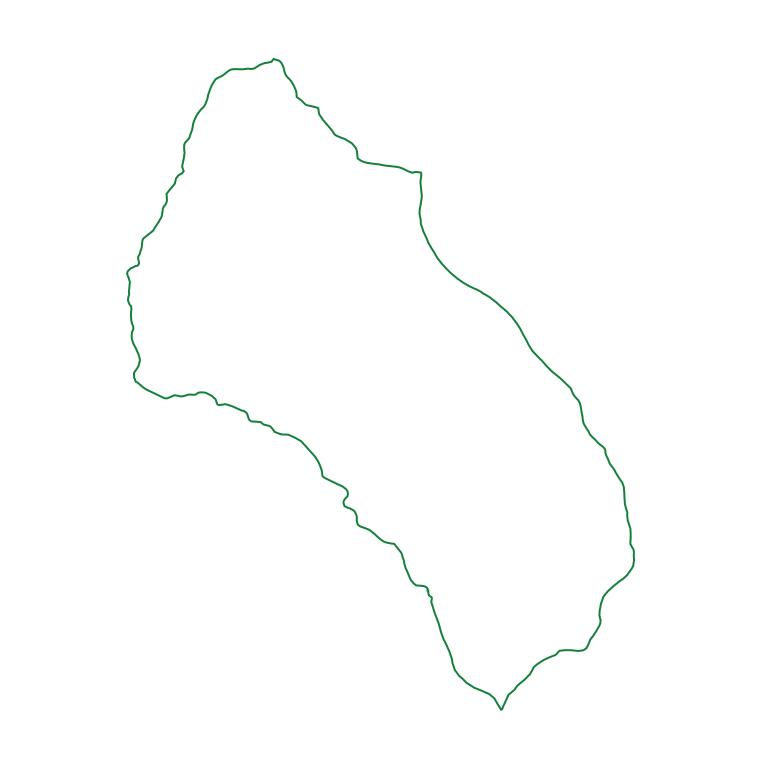 the district of Suscal, Cañar, Ecuador, rotated 96°
{"feature_id": "8360857B89634065401442", "entity_name": "Suscal", "entity_type": "district", "adm_level": 2, "iso_a3": "ECU", "parent_name": "Ecuador", "parent_adm1": "Cañar", "projection": "robinson", "projection_center": [-79.067, -2.464], "detail": "fine", "context": "isolated", "style": "outline", "palette": "green", "viewbox_px": 768, "rotation_deg": 96, "n_neighbors": 0, "source": "geoboundaries", "source_scale": "gbopen_adm2", "svg_char_len": 6133}
<svg xmlns="http://www.w3.org/2000/svg" viewBox="0 0 768 768"><g transform="rotate(96 384 384)"><path d="M519.9,120.6L517.4,122.2L515.2,122.5L512.5,122.5L508.1,122.9L502.2,123.8L494.3,127.3L489.9,128.3L486.3,128.6L482.5,130.3L478.0,131.9L470.6,133.2L467.1,133.6L461.2,134.8L457.2,136.7L454.2,139.4L450.5,142.3L448.3,144.0L445.9,145.5L443.6,147.4L439.7,151.1L435.0,153.5L432.8,155.0L429.8,156.5L426.9,156.9L425.3,157.8L423.6,159.6L421.9,162.4L420.0,165.2L417.6,167.8L415.5,170.6L413.1,173.4L412.2,174.2L409.6,175.7L407.1,177.9L403.5,180.6L401.8,181.6L399.1,182.5L395.2,183.3L392.3,184.3L386.5,185.8L382.7,187.1L380.2,188.8L376.3,193.1L373.4,195.4L368.8,197.8L360.0,209.0L354.2,218.0L349.5,223.8L344.1,229.6L341.6,232.9L335.9,239.5L330.7,243.7L324.2,247.9L320.3,250.8L316.5,253.2L314.8,254.3L310.2,258.0L306.2,261.7L304.4,263.3L300.6,267.8L299.1,269.4L294.9,275.7L290.5,281.7L286.9,287.6L284.5,292.5L283.7,294.6L282.2,297.2L280.8,300.6L277.9,309.2L275.2,315.3L271.6,321.9L267.7,327.7L266.2,329.8L262.9,333.9L258.6,338.8L253.1,344.1L247.4,348.2L243.7,351.2L238.5,354.9L235.1,356.6L228.2,360.8L225.3,362.0L220.9,364.1L216.7,364.7L211.0,366.5L206.1,366.7L202.9,366.4L196.4,366.0L193.2,366.0L179.5,368.9L172.7,368.7L170.0,369.2L169.8,371.2L169.8,374.1L170.3,376.5L171.0,377.6L170.0,382.0L167.9,387.7L167.4,389.4L167.0,391.1L166.7,394.0L166.6,407.0L166.1,411.9L166.0,420.5L165.7,424.8L165.4,426.7L164.8,428.9L163.9,431.1L162.5,433.7L155.7,435.2L154.2,435.7L152.3,436.6L148.5,440.5L148.0,441.2L147.4,442.3L145.6,446.1L144.8,447.9L144.3,449.3L143.3,453.2L142.3,456.4L141.6,458.2L141.1,459.0L140.6,459.6L138.1,461.5L136.8,462.7L127.7,472.3L123.2,476.1L122.1,476.8L121.3,477.1L117.3,478.0L116.5,478.3L116.3,478.8L115.4,484.2L114.8,489.6L114.5,490.9L113.7,492.0L110.8,495.5L107.7,500.8L103.4,501.6L101.8,502.1L100.0,503.0L97.2,504.6L95.0,506.1L92.4,508.1L91.0,509.6L88.6,512.5L87.7,513.3L86.9,514.0L84.6,515.3L78.8,517.4L75.7,519.4L74.6,520.5L73.7,521.7L73.4,522.4L73.1,523.3L72.6,527.1L72.3,527.8L75.3,529.6L76.4,532.8L77.6,536.9L79.8,541.1L82.5,544.4L83.9,546.4L84.6,549.1L84.6,552.2L85.9,558.0L86.5,566.1L87.5,569.6L89.9,572.5L94.0,576.6L96.2,579.9L96.9,581.3L98.4,583.2L100.8,584.6L103.7,585.9L104.0,586.2L104.8,586.5L109.7,587.9L114.9,589.1L118.7,589.4L123.1,590.5L125.9,591.5L128.2,593.0L130.6,595.1L135.6,598.0L139.2,599.4L142.2,600.4L145.3,601.0L148.9,601.2L151.2,601.4L155.6,602.5L159.5,603.3L160.1,603.6L165.3,607.3L167.8,607.7L171.2,607.3L175.1,606.5L179.4,606.6L188.9,607.5L193.3,605.5L195.6,606.8L197.1,609.1L198.4,610.6L201.4,612.3L206.7,613.0L211.1,616.0L217.6,620.1L223.6,619.1L225.4,619.1L227.8,619.9L229.1,620.5L230.3,621.5L231.3,621.9L232.7,622.2L239.9,622.5L242.4,623.2L243.0,623.6L246.5,625.1L251.5,627.7L255.6,629.6L263.8,637.9L264.4,638.4L265.5,639.0L266.5,639.2L268.1,639.3L271.3,639.2L275.1,639.4L276.9,640.0L278.7,640.2L280.7,640.6L282.0,641.4L284.1,641.8L285.4,641.5L287.3,640.8L289.9,640.2L292.1,641.4L292.6,643.3L294.8,646.7L295.3,647.9L297.2,649.4L297.9,650.1L299.3,650.8L301.1,651.1L301.8,650.8L303.9,649.8L304.5,649.3L309.1,647.4L319.2,647.3L321.4,646.8L324.3,647.3L327.5,647.4L329.0,646.7L331.7,645.2L333.1,643.7L335.4,643.1L341.6,642.9L347.4,641.9L350.9,640.6L352.6,639.6L354.6,639.0L356.6,639.3L358.6,640.0L359.4,640.1L362.4,640.0L365.4,639.5L369.9,637.6L374.3,634.6L379.7,631.5L383.5,629.8L386.4,629.2L389.4,629.6L392.0,630.1L395.7,631.9L397.0,632.8L399.0,633.7L400.5,633.7L404.2,633.0L404.9,632.4L406.4,631.8L407.9,630.9L408.1,629.8L409.1,628.1L412.8,622.8L414.2,620.1L415.4,616.9L418.4,608.3L420.7,602.0L421.0,600.9L421.1,599.9L421.0,598.6L420.6,597.5L419.7,595.8L417.1,591.3L417.2,587.8L417.6,585.2L417.5,583.8L416.8,581.6L415.2,577.8L414.8,576.4L414.6,571.6L414.4,570.7L413.8,569.7L412.4,568.2L411.9,567.3L411.7,566.5L411.4,565.1L411.3,563.6L411.3,561.0L411.4,560.2L411.8,559.1L414.0,553.6L415.1,552.4L416.3,550.5L416.8,550.0L417.4,549.6L421.2,547.9L421.7,547.5L421.9,547.1L422.1,546.4L422.1,545.5L421.8,544.0L420.8,540.3L420.7,539.2L420.8,538.4L421.6,534.5L422.2,532.0L425.1,523.3L425.4,521.5L425.4,520.6L426.7,518.3L427.5,517.3L429.2,516.4L432.9,514.9L433.8,514.1L435.1,512.2L434.8,506.7L434.9,502.3L436.1,500.8L436.7,499.8L437.0,498.7L437.6,494.2L437.8,493.4L438.1,492.7L439.4,491.1L443.1,487.6L444.3,483.2L444.8,481.1L444.8,479.5L444.4,474.5L444.5,473.7L445.4,470.8L446.9,466.4L449.7,460.2L463.7,444.7L467.8,441.5L471.3,439.4L475.5,437.3L477.4,436.6L482.0,435.6L483.2,433.9L484.3,431.3L487.8,421.7L490.1,414.8L492.6,410.6L494.0,409.5L495.0,408.9L496.2,408.6L497.7,408.4L499.0,408.5L499.8,408.8L502.5,410.9L504.1,411.6L505.4,411.9L506.4,411.9L509.6,410.5L510.7,407.7L511.4,404.6L512.6,401.7L513.7,400.1L515.1,399.0L518.0,397.4L519.4,397.1L522.7,396.8L526.1,395.6L526.7,395.2L527.5,393.9L528.2,392.5L530.0,385.1L531.3,382.1L534.3,377.5L536.7,374.4L538.7,371.4L540.5,368.3L540.9,367.4L541.5,364.4L541.9,360.3L541.9,357.2L550.1,349.1L554.4,347.3L557.8,345.7L561.1,344.8L564.9,343.2L568.6,341.0L575.8,337.1L579.1,333.8L580.9,331.1L580.8,325.5L580.9,323.0L581.6,320.6L583.1,319.2L584.8,319.2L584.8,318.4L586.2,318.3L587.2,318.1L589.4,317.2L589.9,316.7L590.9,314.8L591.6,314.1L592.3,314.0L593.1,314.0L595.8,314.2L606.1,309.8L616.8,304.4L624.0,301.7L627.2,300.3L631.2,298.3L637.2,294.5L642.9,291.2L650.4,287.7L654.2,286.8L661.1,283.6L666.3,278.8L669.2,274.7L672.5,270.8L676.7,262.3L678.8,255.0L681.4,246.7L685.4,241.1L687.6,239.6L690.1,237.8L695.7,233.5L695.0,232.5L692.2,231.8L684.2,229.0L680.2,227.8L674.5,222.3L670.5,220.1L667.9,217.8L664.6,214.5L661.9,212.0L658.2,209.3L657.6,208.5L656.3,208.1L653.1,206.6L650.7,205.8L650.0,205.5L647.2,202.9L646.6,202.2L643.8,198.8L641.8,196.3L639.5,192.6L636.5,187.1L635.8,185.5L634.5,184.2L631.6,182.1L630.8,181.2L630.8,180.7L630.0,177.2L629.3,171.6L629.2,168.3L629.2,162.7L627.9,157.7L625.5,155.0L622.4,153.8L616.3,152.0L612.9,149.8L608.5,147.5L601.9,144.5L599.7,143.9L596.1,143.9L594.0,144.8L591.4,145.6L586.7,145.8L583.4,145.5L579.6,145.2L572.9,143.6L570.7,142.4L566.6,139.6L561.0,134.6L555.8,129.4L552.6,125.7L548.6,122.2L541.6,118.3L539.0,117.2L532.9,116.9L528.4,117.7L525.4,117.8L522.2,118.7L519.9,120.6Z" fill="none" stroke="#15803d" stroke-width="2"/></g></svg>